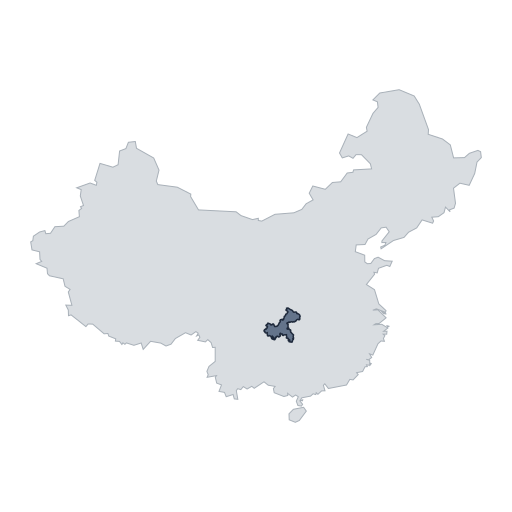 China, with Chongqing highlighted
{"feature_id": "CHN-1154", "entity_name": "Chongqing", "entity_type": "Municipality", "adm_level": 1, "iso_a3": "CHN", "parent_name": "China", "parent_adm1": "", "projection": "mercator", "projection_center": [107.845, 30.195], "detail": "fine", "context": "in_parent", "style": "filled", "palette": "slate", "viewbox_px": 512, "rotation_deg": 0, "n_neighbors": 0, "source": "natural_earth", "source_scale": "10m", "svg_char_len": 8769}
<svg xmlns="http://www.w3.org/2000/svg" viewBox="0 0 512 512"><path d="M283.9,396.5L274.2,392.7L273.4,388.6L275.1,386.4L268.2,385.2L264.0,381.8L254.2,388.3L251.8,386.3L247.1,389.0L243.3,386.6L240.8,389.6L237.7,388.7L236.3,390.6L237.8,399.3L234.3,398.9L233.1,394.5L226.2,396.7L224.5,392.4L219.0,391.4L221.5,384.9L216.7,383.1L215.3,377.3L216.5,375.6L207.1,377.3L208.2,374.7L206.9,371.4L209.0,366.4L215.2,361.4L215.2,347.3L212.6,347.5L211.1,342.6L207.8,339.6L205.4,341.9L197.7,340.3L199.9,337.3L198.8,334.9L196.6,336.0L198.2,333.2L195.9,331.6L191.1,335.0L185.5,332.7L175.4,338.5L171.0,344.2L166.0,346.0L160.8,343.1L150.6,341.3L143.2,349.4L141.2,343.0L133.9,345.3L126.4,342.9L124.9,344.3L122.9,342.8L121.9,344.5L119.5,341.4L115.4,341.1L115.7,338.8L108.8,336.1L107.9,333.5L104.1,333.8L92.7,324.1L88.1,324.0L85.9,326.6L71.1,314.9L68.5,315.7L68.3,310.0L65.8,305.1L71.9,305.3L68.3,292.0L70.1,289.4L65.0,286.3L63.2,278.8L49.5,275.8L47.5,273.7L47.0,268.2L36.2,263.7L41.7,261.4L40.0,259.4L39.6,251.8L32.0,249.9L30.7,241.9L32.8,240.7L33.4,236.2L39.6,232.0L44.9,230.6L45.8,233.7L50.5,233.3L54.9,226.7L63.8,226.2L68.4,221.5L79.4,216.7L78.9,210.5L81.6,208.4L80.5,206.7L83.5,205.5L80.3,196.0L81.2,189.6L76.7,187.8L90.1,183.0L96.3,185.3L96.9,182.2L94.7,180.4L100.0,163.4L112.9,167.2L118.1,164.7L119.6,151.0L125.9,148.6L128.4,142.3L135.3,141.5L136.5,148.3L153.7,158.0L159.0,170.1L156.3,181.1L157.8,184.6L177.3,187.2L190.8,194.1L190.6,196.6L198.5,209.9L236.1,211.8L241.0,215.6L252.5,219.6L258.3,218.3L258.3,220.5L261.8,221.1L275.0,214.3L293.9,212.8L301.8,209.4L306.2,203.7L313.1,199.9L309.2,193.2L312.8,186.0L325.3,189.3L332.4,182.5L340.7,181.8L347.2,173.0L352.9,172.3L353.6,169.9L371.6,168.9L370.4,163.8L361.5,154.7L356.1,154.6L353.0,158.3L348.7,155.9L342.3,157.9L339.5,153.0L348.1,134.0L356.9,137.6L367.1,131.2L366.4,127.3L373.0,113.3L378.1,107.4L377.4,101.8L372.9,99.9L379.8,93.0L399.1,89.7L414.2,96.0L419.3,104.2L428.5,129.6L428.2,134.3L442.5,139.0L450.3,144.9L453.6,157.9L464.5,157.6L469.4,153.3L477.9,150.4L480.6,151.7L481.3,157.6L477.0,162.1L474.7,173.5L469.2,185.3L459.9,183.2L453.5,188.2L455.5,203.3L454.1,208.1L449.4,209.9L450.1,211.8L445.5,207.1L444.0,212.7L438.3,216.7L431.8,217.2L433.6,221.0L432.6,223.2L422.1,219.9L416.7,227.9L408.6,232.2L404.0,237.4L393.5,240.5L381.1,248.8L380.7,247.0L384.9,245.2L385.9,242.5L381.9,242.6L381.9,241.0L389.2,231.8L386.1,227.2L381.2,227.9L376.1,234.4L368.0,239.0L365.0,244.5L356.2,244.9L355.3,251.7L364.7,255.2L364.8,261.9L367.3,263.7L370.8,263.5L374.4,258.6L378.1,257.2L384.6,260.7L392.2,261.2L389.8,266.5L386.8,265.3L378.5,268.3L377.2,272.9L373.9,272.3L374.6,274.2L366.4,284.5L374.5,289.7L378.8,303.9L386.0,310.6L385.5,312.3L376.4,308.8L372.8,310.2L377.8,309.8L386.1,317.8L379.1,323.5L375.8,323.6L374.0,324.8L381.8,324.3L387.9,328.0L383.6,331.3L387.0,331.2L386.7,334.2L383.2,334.2L384.9,335.7L383.4,338.4L384.4,341.3L381.0,341.0L378.0,343.7L372.8,355.1L369.5,353.8L371.7,357.5L368.6,359.8L366.2,359.3L369.7,360.3L369.7,365.3L366.5,364.8L367.3,366.6L365.0,366.8L362.6,371.5L356.6,372.7L358.2,374.6L353.1,379.9L349.8,379.4L346.5,385.0L328.4,388.5L324.8,383.8L323.4,385.3L325.0,390.8L321.6,390.9L317.9,394.3L316.2,392.7L315.8,394.6L313.1,393.8L310.6,396.1L301.8,397.8L299.9,400.9L302.6,404.3L301.4,406.1L297.9,405.5L296.3,401.2L298.3,396.7L295.6,395.0L292.5,397.1L287.6,393.3L287.8,395.5L283.9,396.5ZM303.6,407.3L306.3,411.1L299.3,420.5L295.3,422.3L289.2,419.8L289.0,413.8L293.4,409.3L303.6,407.3ZM386.3,314.1L383.7,313.6L381.5,311.4L383.3,311.8L386.3,314.1ZM389.4,326.3L387.5,326.8L387.0,325.7L389.4,326.3ZM371.3,363.6L370.3,364.9L370.5,363.2L371.3,363.6ZM300.9,400.5L302.7,399.8L302.5,400.8L300.9,400.5Z" fill="#d9dde1" stroke="#a8b0b8" stroke-width="1"/><path d="M282.7,320.1L282.9,320.0L283.0,320.0L283.6,319.4L283.7,319.2L283.6,318.8L283.6,318.7L284.0,318.1L284.4,316.7L284.3,316.4L285.4,315.7L285.5,315.5L285.5,315.1L285.7,314.6L285.7,314.3L285.8,314.2L286.5,314.0L286.7,313.9L287.1,313.4L287.4,312.7L287.8,312.3L287.9,312.1L287.9,311.7L287.6,311.3L287.2,311.0L286.2,310.4L286.0,310.1L286.0,309.9L286.4,309.4L286.6,309.0L286.8,309.0L287.0,309.0L287.1,308.9L287.1,308.7L286.8,308.4L286.7,308.2L286.9,308.1L287.9,308.0L288.4,308.2L289.0,308.7L289.6,309.0L289.9,309.3L290.6,309.7L291.1,309.8L291.9,310.2L292.3,310.5L292.7,310.9L293.3,311.9L293.5,312.1L293.9,312.2L295.7,312.0L295.8,312.0L296.3,312.1L296.6,312.5L296.8,312.8L296.8,313.5L297.0,313.6L297.6,313.7L298.3,313.9L298.6,314.0L299.5,314.8L299.9,315.5L299.9,316.2L300.1,316.5L300.0,316.8L299.7,317.1L299.6,317.3L299.6,317.5L299.8,318.1L299.8,318.3L299.8,318.7L299.8,319.1L299.7,319.3L299.4,319.7L299.2,319.8L298.8,319.8L298.5,319.6L298.4,319.4L298.1,319.2L297.9,319.3L297.0,319.7L296.8,319.8L296.3,320.3L296.2,320.7L295.8,321.0L295.5,321.3L295.2,321.2L295.1,321.3L294.7,321.7L294.3,321.9L294.1,321.9L293.8,321.9L293.6,321.7L293.4,321.7L293.3,321.8L292.8,322.0L292.6,322.1L292.3,322.0L292.2,321.8L291.2,321.7L290.9,321.8L290.7,321.9L290.6,322.1L290.0,322.2L289.5,322.4L289.2,322.4L289.1,322.0L288.9,322.0L288.6,322.5L288.4,322.6L287.3,322.7L287.1,323.0L286.9,323.5L287.1,323.8L287.9,324.1L288.0,324.3L288.1,324.5L288.0,325.5L288.0,325.9L288.1,326.8L288.1,327.0L288.0,327.4L288.0,327.9L287.9,328.1L287.3,328.2L287.1,328.3L287.2,328.7L287.3,329.1L287.6,329.2L287.9,329.2L288.0,329.1L288.1,328.6L288.3,328.4L288.5,328.1L288.8,328.2L288.9,328.4L289.1,329.2L289.2,329.4L289.6,329.7L289.9,329.7L290.1,329.8L290.5,329.9L290.6,330.1L290.7,330.4L290.5,331.2L290.6,331.5L290.8,331.8L290.9,332.0L290.8,332.3L291.5,332.8L291.8,333.3L292.0,333.5L293.5,334.9L293.5,335.1L293.4,335.3L293.3,335.9L293.2,336.3L293.3,337.2L293.3,337.3L293.5,337.5L293.4,337.9L293.4,338.2L293.1,338.4L293.0,338.5L293.5,338.8L293.4,339.2L293.3,339.5L292.9,339.7L292.7,339.9L292.6,340.1L292.4,341.2L292.1,341.6L292.2,341.9L292.1,342.0L291.9,342.1L291.6,342.0L291.4,342.1L291.1,342.1L290.7,341.9L290.4,342.0L289.9,341.8L289.7,341.8L289.4,341.8L289.4,341.7L289.8,340.2L289.6,339.9L289.3,339.7L289.2,339.7L288.9,339.8L288.8,340.0L289.0,340.3L289.0,340.6L289.1,340.8L289.1,341.0L288.8,341.0L288.6,341.0L288.5,340.9L288.4,340.6L288.3,340.4L288.4,340.2L288.3,339.6L288.4,338.8L288.3,338.7L288.0,338.3L287.8,338.4L287.1,338.2L286.5,338.0L286.5,337.8L286.4,337.5L286.5,337.4L286.8,337.2L286.8,336.9L286.6,336.5L286.6,336.0L286.3,335.3L286.2,335.0L286.3,334.7L286.2,334.7L285.3,334.8L284.5,334.8L284.0,335.0L283.3,335.4L283.2,335.5L282.8,335.4L282.5,335.0L282.5,334.8L282.5,334.3L282.4,334.1L281.8,334.1L281.6,334.1L281.4,333.9L280.8,333.8L280.6,333.6L280.5,333.3L280.4,333.3L280.1,333.4L280.0,333.6L279.9,333.8L279.8,334.2L279.8,334.5L279.9,334.8L280.0,334.9L280.3,335.2L280.4,335.3L280.2,335.7L280.1,336.2L280.0,336.3L278.9,337.0L278.7,337.0L278.4,336.9L277.9,336.4L277.7,336.2L277.3,336.3L276.9,336.3L276.7,336.5L276.5,337.0L276.4,337.1L276.2,336.9L275.9,337.0L275.6,337.3L275.5,337.6L275.6,338.1L275.6,338.3L275.5,338.5L275.4,338.8L275.2,338.8L274.9,338.8L274.9,339.0L274.8,339.6L274.7,339.7L274.4,339.7L274.1,339.4L273.8,339.4L273.5,339.5L273.4,339.4L273.7,338.9L273.9,338.4L274.0,338.3L273.5,337.4L272.9,336.8L272.8,336.7L272.8,336.8L272.7,336.9L272.7,337.0L272.8,337.3L273.1,337.8L273.2,338.1L273.1,338.4L272.9,338.7L272.9,338.8L273.0,339.1L272.9,339.2L272.7,339.2L272.3,339.0L272.1,338.9L271.8,338.6L271.5,338.1L271.3,337.6L271.2,337.1L271.2,336.5L271.2,336.3L271.0,336.2L270.6,336.1L270.3,336.1L270.1,336.0L269.5,335.6L269.3,335.6L269.2,335.6L268.4,336.0L268.1,336.0L267.8,335.9L267.6,335.7L267.5,335.4L267.4,335.2L267.4,334.8L267.3,334.4L267.4,334.1L267.2,333.8L267.1,333.5L267.2,332.9L266.8,333.1L266.3,332.9L265.7,332.9L265.3,332.7L265.1,332.5L265.0,332.4L265.0,331.9L264.9,331.7L264.7,331.5L264.3,331.4L264.1,331.0L264.1,330.7L264.1,330.4L264.3,330.1L264.6,329.8L264.8,329.5L265.0,329.4L265.2,329.5L265.3,329.4L265.5,329.2L266.0,329.2L266.0,328.7L266.1,328.4L266.8,328.1L267.1,328.0L267.2,327.7L267.2,327.2L267.4,326.9L267.5,326.8L267.5,326.7L267.4,326.6L267.0,326.3L266.5,325.9L266.1,325.7L266.0,325.4L266.7,325.1L266.8,324.9L266.6,324.7L266.8,324.5L267.2,324.6L267.3,324.5L267.4,324.4L267.3,324.2L267.9,323.2L268.0,323.1L268.4,323.4L268.6,323.5L269.3,323.6L270.2,324.0L270.5,324.2L270.7,324.6L271.0,324.8L271.1,325.0L271.3,324.9L271.5,324.7L272.2,324.6L272.3,324.6L272.4,324.4L272.5,324.1L273.0,324.2L273.3,324.0L273.7,324.3L273.9,324.6L274.0,325.2L274.1,325.4L274.3,325.7L274.5,326.1L274.6,326.4L274.7,326.5L274.9,326.5L275.2,326.6L275.6,326.4L275.9,326.4L276.4,326.3L276.8,326.4L277.0,326.3L277.3,325.9L277.7,325.7L278.1,325.1L278.4,324.9L278.7,324.1L279.4,322.6L279.6,322.4L279.8,322.4L280.2,321.7L280.3,321.3L280.1,320.8L280.0,320.5L280.1,320.3L280.4,319.9L280.6,319.7L280.8,319.7L281.3,319.7L281.5,319.7L282.0,319.3L282.4,319.9L282.5,320.0L282.7,320.1Z" fill="#64748b" stroke="#1e293b" stroke-width="1.5"/></svg>